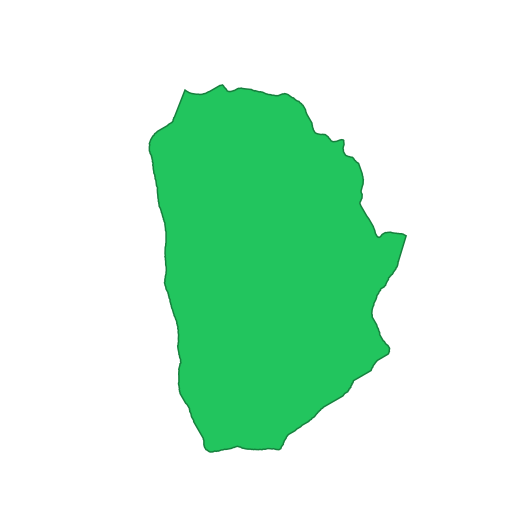 the district of Palmeras, Alajuela, Costa Rica, rotated 330°
{"feature_id": "36466004B65263454965640", "entity_name": "Palmeras", "entity_type": "district", "adm_level": 2, "iso_a3": "CRI", "parent_name": "Costa Rica", "parent_adm1": "Alajuela", "projection": "orthographic", "projection_center": [-84.433, 10.047], "detail": "fine", "context": "isolated", "style": "filled", "palette": "green", "viewbox_px": 512, "rotation_deg": 330, "n_neighbors": 0, "source": "geoboundaries", "source_scale": "gbopen_adm2", "svg_char_len": 6113}
<svg xmlns="http://www.w3.org/2000/svg" viewBox="0 0 512 512"><g transform="rotate(330 256 256)"><path d="M277.5,76.8L255.6,94.3L254.7,95.0L253.7,95.3L253.2,96.1L252.2,96.7L251.8,97.6L249.8,98.3L246.4,98.3L244.2,98.8L233.0,98.8L230.9,99.4L229.7,99.4L228.8,99.8L227.9,100.5L226.8,100.5L223.1,102.6L219.7,105.5L219.6,106.6L218.3,108.0L216.2,111.7L216.2,112.8L215.7,113.9L215.6,117.2L215.1,117.8L215.1,118.9L214.5,119.8L214.4,120.9L213.9,121.9L213.4,122.5L213.4,123.6L213.0,124.6L212.2,125.4L211.8,126.3L211.7,127.4L211.0,128.3L210.2,130.2L210.0,131.2L209.0,133.1L208.9,135.3L208.3,136.2L208.2,137.2L207.5,138.1L207.2,139.2L207.2,140.3L205.0,145.4L204.9,147.6L203.8,149.1L202.3,152.0L201.5,154.0L200.0,157.0L199.8,158.1L198.7,160.0L198.7,161.1L198.2,161.7L197.9,162.7L197.0,164.6L197.0,166.9L196.3,170.0L195.9,170.9L195.9,172.0L194.8,175.7L194.8,176.9L194.2,177.8L194.2,178.9L193.8,179.8L193.6,182.0L193.0,182.9L191.4,186.8L190.4,188.7L190.3,189.9L184.7,199.6L184.1,200.1L183.0,201.9L181.8,203.0L178.4,208.5L177.6,210.5L176.7,211.1L176.7,212.2L175.6,214.0L175.4,214.9L173.4,218.5L172.8,220.6L170.8,224.2L170.0,225.0L169.6,226.0L167.2,228.4L166.7,229.4L165.9,230.1L164.9,231.4L164.7,232.4L163.8,232.9L163.3,233.5L163.2,234.5L162.7,235.6L162.4,237.7L161.6,239.6L161.5,244.1L161.0,244.6L161.0,245.8L160.4,246.7L160.4,247.8L159.8,248.7L159.8,250.9L159.1,251.8L158.7,252.8L158.6,253.9L158.1,255.0L158.1,256.1L157.6,257.0L157.3,258.1L157.0,259.1L157.0,260.3L155.9,264.5L155.8,265.7L155.3,266.6L155.3,268.8L154.8,270.8L154.8,272.0L154.2,274.1L153.6,275.0L153.6,276.1L153.1,277.0L153.1,278.1L151.9,279.9L151.8,281.0L151.4,281.9L150.8,282.5L150.3,283.5L149.6,285.5L147.4,288.8L145.9,291.8L145.2,292.3L144.1,294.1L143.3,294.6L142.1,297.4L140.7,301.6L140.1,302.5L140.1,303.6L139.2,305.7L139.0,307.9L137.9,309.7L137.7,310.7L137.2,311.2L136.2,311.4L135.7,312.3L132.4,315.6L132.2,316.6L131.7,317.2L129.9,319.9L129.5,320.9L126.2,326.7L125.3,327.4L124.9,328.2L124.3,330.3L123.8,331.2L123.6,332.3L122.8,333.1L122.6,334.2L122.1,335.0L122.0,336.2L121.5,337.2L121.5,348.4L121.9,349.4L122.1,350.5L122.1,355.0L121.5,355.9L121.4,356.9L120.9,357.5L120.9,359.8L119.8,362.9L119.8,367.4L119.2,368.3L119.2,387.5L118.7,388.5L118.7,389.6L116.4,393.6L116.3,394.6L115.9,395.3L115.9,398.7L116.4,399.3L117.7,402.1L118.5,402.9L120.4,403.9L121.5,404.2L122.6,404.2L124.1,405.4L125.1,405.6L126.0,406.2L129.3,406.7L130.2,407.3L132.3,407.7L133.2,408.4L134.2,408.8L138.5,410.3L140.7,410.5L141.7,411.0L142.9,411.0L144.9,411.6L146.2,413.1L147.0,413.6L148.0,415.5L148.9,416.1L150.3,417.5L152.0,418.9L154.8,420.6L155.6,421.4L156.5,421.8L157.3,422.6L158.4,422.8L158.9,423.4L161.6,425.1L162.7,425.4L164.4,426.8L165.5,426.8L167.4,428.0L169.6,428.5L170.5,429.0L172.3,430.2L172.8,430.7L173.7,431.3L174.7,431.5L176.6,433.5L179.0,435.2L181.2,435.2L182.6,433.9L185.5,432.7L186.1,431.7L186.9,431.3L188.1,430.2L191.0,428.8L191.8,428.0L194.8,426.8L202.6,426.8L204.8,426.2L209.3,426.2L211.3,425.6L219.2,425.6L220.1,425.1L222.4,425.1L223.3,424.5L225.5,424.5L226.5,424.3L229.5,423.0L230.6,422.8L231.4,422.3L232.6,422.2L233.6,421.7L234.7,421.7L235.6,421.1L237.8,421.0L238.8,420.6L261.4,420.6L263.3,419.7L264.3,419.4L267.7,419.4L268.2,418.9L269.3,418.5L269.8,417.8L270.9,417.8L271.5,417.2L272.5,417.1L273.0,416.2L274.9,415.3L275.4,414.4L276.5,414.3L278.1,412.7L298.4,412.7L300.4,411.0L301.3,410.8L302.8,409.5L304.9,408.7L305.8,408.2L308.9,407.1L321.3,407.0L322.1,406.7L322.8,405.9L323.7,405.5L324.1,404.5L325.5,402.8L325.5,399.5L324.6,397.4L324.4,396.3L324.4,394.1L323.8,393.2L323.8,386.4L324.0,385.4L324.7,384.5L324.9,383.4L324.9,382.3L325.5,380.3L325.5,378.0L326.1,376.0L326.1,367.0L327.2,365.1L327.3,364.0L329.7,360.6L332.1,358.2L333.0,357.8L333.8,357.0L334.2,356.1L338.1,353.6L340.2,351.7L340.7,350.8L343.5,349.6L344.7,348.5L346.7,347.9L347.1,347.1L348.1,346.8L351.5,346.8L352.4,346.3L353.5,346.2L354.6,345.1L357.1,343.4L358.9,342.6L360.0,341.1L361.1,341.1L361.7,340.6L362.8,340.5L363.7,340.0L364.8,340.0L365.9,339.5L366.7,338.8L370.7,337.1L371.4,336.3L372.5,336.0L373.9,334.9L375.7,332.9L375.9,332.1L376.8,331.8L377.3,331.2L396.1,313.6L395.7,313.1L395.6,312.7L395.3,312.5L394.4,310.7L392.9,309.3L391.7,308.7L390.7,307.8L389.5,307.1L388.9,306.4L388.1,306.0L385.6,304.0L384.5,302.7L381.6,301.3L380.7,301.1L379.7,300.4L376.0,300.4L374.0,301.3L372.3,301.6L371.2,300.9L371.2,300.4L370.7,299.8L370.7,296.1L371.6,293.3L372.1,289.7L372.3,289.3L372.3,280.1L371.9,276.9L371.9,264.9L372.3,262.2L373.5,261.0L374.3,260.7L375.5,259.6L376.7,258.9L378.8,255.6L378.8,253.8L379.5,252.2L382.0,249.7L382.5,249.1L384.7,247.2L386.8,243.9L387.1,243.7L387.3,242.6L388.2,240.8L388.5,239.0L388.8,238.7L389.2,237.4L391.1,227.2L390.8,226.8L390.8,226.1L390.0,225.1L389.7,223.1L389.3,222.5L389.3,220.3L388.8,218.7L387.4,217.7L386.5,216.6L385.7,216.0L384.0,213.7L383.9,213.0L383.9,209.4L385.0,207.2L385.0,206.5L386.4,204.9L387.9,203.6L388.8,201.7L389.0,201.0L389.7,200.0L389.7,199.3L388.4,198.1L386.5,197.5L383.1,197.0L379.9,195.6L378.6,193.8L378.5,191.8L378.1,190.5L378.1,189.0L376.8,185.8L376.4,185.2L375.3,184.7L374.9,184.1L373.0,183.3L370.3,180.9L369.0,179.2L368.8,178.6L368.8,175.0L369.1,174.6L369.2,173.3L369.5,172.8L369.5,172.1L370.2,170.9L370.2,170.2L370.9,168.9L370.9,158.8L371.3,156.0L372.0,154.0L372.0,148.9L371.6,148.3L371.5,146.9L370.6,145.0L370.5,143.6L369.4,142.6L368.4,140.8L368.1,140.1L368.0,139.4L367.7,139.0L367.7,138.3L367.4,137.7L366.8,137.3L366.4,136.7L364.4,132.2L363.1,130.7L361.9,129.6L361.1,129.6L359.9,128.9L355.1,128.2L354.3,127.5L353.6,127.4L351.7,125.6L349.9,124.5L349.6,123.8L347.3,122.2L346.8,121.7L346.5,121.1L345.9,120.8L343.8,117.7L343.1,117.0L342.5,116.7L342.2,116.1L340.9,115.5L337.9,112.4L337.2,112.3L337.0,111.8L336.0,110.9L335.4,109.6L330.4,106.0L327.6,103.8L327.3,103.3L325.4,102.6L325.0,102.2L323.7,101.9L320.1,101.9L319.5,101.6L318.1,101.4L316.0,100.8L315.7,100.4L315.0,100.3L313.6,98.7L313.6,96.5L312.9,93.9L312.9,92.5L312.5,91.1L310.8,90.7L310.2,90.3L298.0,90.3L296.6,90.0L293.7,90.0L291.7,89.3L290.3,89.1L287.7,87.8L287.4,87.3L285.1,86.0L281.4,83.0L279.5,80.8L279.0,79.6L278.5,79.0L277.5,76.8Z" fill="#22c55e" stroke="#15803d" stroke-width="1.5"/></g></svg>